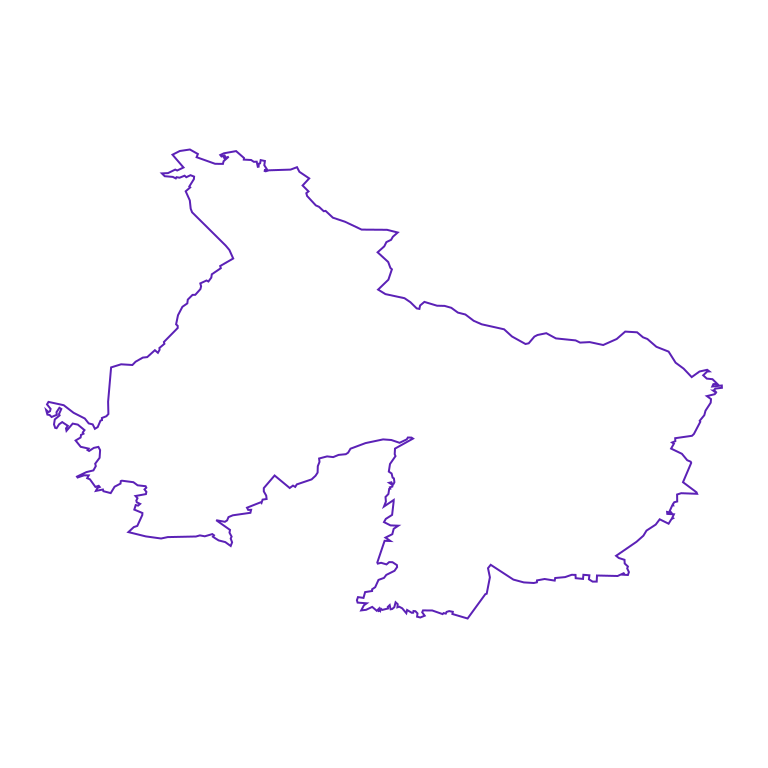 outline of Husnicioara, Mehedinti, Romania
{"feature_id": "2599482B73599404169892", "entity_name": "Husnicioara", "entity_type": "district", "adm_level": 2, "iso_a3": "ROU", "parent_name": "Romania", "parent_adm1": "Mehedinti", "projection": "robinson", "projection_center": [22.847, 44.668], "detail": "fine", "context": "isolated", "style": "outline", "palette": "violet", "viewbox_px": 768, "rotation_deg": 0, "n_neighbors": 0, "source": "geoboundaries", "source_scale": "gbopen_adm2", "svg_char_len": 6066}
<svg xmlns="http://www.w3.org/2000/svg" viewBox="0 0 768 768"><path d="M711.0,399.1L706.9,396.1L714.7,394.2L716.0,392.7L713.3,390.7L714.7,390.8L714.0,390.1L715.3,388.6L721.9,387.8L721.8,385.5L712.3,386.5L713.4,384.1L717.4,384.0L712.5,379.2L706.8,378.6L703.2,375.3L707.2,371.5L709.3,371.4L707.2,369.8L699.5,371.5L691.7,377.1L683.6,368.6L675.6,362.7L668.6,351.6L656.4,346.8L647.4,339.0L643.0,337.3L637.1,332.3L625.2,331.6L616.7,339.0L603.2,345.0L589.7,342.1L580.1,342.6L575.6,340.4L555.9,338.4L546.3,333.2L537.5,335.0L534.4,336.6L528.7,343.3L525.5,344.0L512.0,336.5L504.1,329.3L481.7,324.3L473.7,320.8L465.4,314.5L457.9,312.6L451.3,307.8L444.6,305.9L437.0,305.7L424.4,301.9L420.1,305.5L419.4,308.9L416.7,308.4L410.4,302.2L404.5,298.2L385.4,294.1L378.1,289.6L388.4,279.7L391.9,269.3L390.4,267.9L388.2,262.0L377.6,252.3L384.3,246.3L386.4,242.1L391.1,239.8L392.9,236.7L397.7,232.5L387.0,229.8L361.6,229.6L344.9,221.7L332.9,217.7L325.6,210.9L323.7,211.2L319.0,206.8L315.8,205.4L307.1,196.0L306.3,193.2L308.5,191.4L302.6,185.5L309.2,178.4L299.4,171.8L297.0,167.2L290.6,169.6L268.9,170.3L265.7,171.3L264.7,171.0L264.9,169.9L267.1,169.6L264.3,165.2L264.9,161.0L260.7,160.1L260.1,163.3L258.8,163.7L258.6,166.7L257.8,166.8L256.7,161.7L253.8,161.8L251.1,160.0L243.8,159.6L244.0,158.0L236.1,151.1L223.9,153.3L220.3,155.0L221.5,156.5L224.6,155.5L225.3,156.8L224.0,157.5L224.4,158.3L228.7,156.7L223.6,161.2L222.9,163.9L215.1,163.8L196.6,157.2L197.9,154.0L189.9,149.5L179.8,151.0L172.5,154.7L183.5,167.5L177.2,170.5L175.2,169.6L168.0,173.1L161.9,173.4L164.7,176.2L172.8,176.9L175.8,178.4L176.5,177.2L179.6,177.7L184.6,175.7L186.3,177.2L190.5,175.2L194.1,176.6L193.9,179.1L189.3,186.5L190.2,187.4L185.7,191.3L189.8,200.4L190.7,208.7L192.1,212.3L225.6,245.5L229.4,250.0L233.2,258.5L220.2,266.0L220.8,268.2L211.8,274.3L211.3,277.6L208.4,281.5L206.5,280.5L200.3,283.4L201.1,286.3L200.4,289.1L195.3,294.8L192.5,294.9L187.8,299.6L187.3,303.4L182.4,306.8L178.0,315.2L176.1,324.3L177.7,325.9L177.7,328.0L163.9,342.0L164.4,343.8L159.4,348.0L159.6,349.8L157.9,352.8L154.9,350.2L147.2,357.1L142.8,357.6L135.6,361.7L132.4,365.0L121.1,364.3L111.1,367.4L108.1,401.7L108.4,414.0L106.4,416.2L101.9,418.0L102.0,420.1L100.5,420.6L97.7,427.1L94.9,428.8L92.7,424.4L88.7,423.4L84.8,418.5L73.6,412.8L63.7,405.2L48.5,401.9L47.0,404.4L50.6,408.9L50.0,411.2L48.5,412.1L46.1,409.9L47.4,414.6L49.6,415.0L51.6,417.0L56.8,414.8L56.5,412.2L59.4,407.8L61.3,409.0L59.0,414.1L59.6,415.4L54.8,419.4L54.0,424.4L55.2,427.9L56.6,428.2L59.1,424.3L62.2,422.1L67.8,425.8L66.0,428.4L66.5,430.8L72.7,423.6L77.8,424.6L84.5,430.1L82.8,432.4L83.5,433.7L81.0,434.9L80.6,437.5L75.6,440.5L80.7,446.8L88.6,448.6L87.5,450.0L89.1,451.0L93.8,447.9L98.4,446.9L100.1,450.1L99.6,457.8L95.2,463.7L95.8,466.1L93.4,470.4L86.4,472.1L77.0,476.6L77.6,477.5L84.1,475.3L88.7,475.4L87.2,478.2L89.9,479.3L95.4,486.9L98.7,485.8L99.7,487.0L97.5,487.9L95.9,490.9L102.9,489.5L103.4,491.2L110.7,493.1L114.6,486.7L120.5,483.6L120.8,481.1L121.9,480.7L133.4,482.2L137.6,485.3L145.6,486.2L146.3,487.7L144.5,489.4L146.4,491.9L145.9,494.1L135.5,496.0L137.5,498.2L136.3,500.6L136.8,502.3L140.1,503.9L138.1,505.6L135.7,505.1L134.3,509.6L142.4,513.0L142.3,515.0L137.3,525.9L133.8,527.1L128.4,532.1L145.8,536.4L161.1,538.5L167.7,537.1L196.0,536.5L199.9,535.4L204.8,536.3L212.3,534.1L214.0,535.3L212.9,536.7L215.1,538.2L218.6,540.4L225.3,542.1L230.7,546.0L232.1,542.3L230.7,538.6L231.6,536.6L229.5,532.7L230.0,529.9L216.2,520.2L224.9,521.8L227.1,520.4L228.5,517.1L232.8,515.3L250.4,512.8L251.1,509.8L248.2,509.9L247.0,507.7L260.9,502.2L261.5,502.9L262.6,499.6L266.6,499.0L266.2,495.6L263.8,491.4L263.8,488.1L274.6,475.5L289.7,488.0L293.0,485.6L295.2,486.9L296.8,484.4L311.6,479.4L315.5,475.8L317.6,472.6L317.8,466.2L319.5,461.9L319.1,458.5L327.1,456.4L333.2,457.1L338.6,454.9L345.8,454.2L348.1,452.7L350.5,448.7L365.5,443.1L383.1,439.4L391.3,440.0L399.6,442.8L406.7,439.4L407.9,437.5L411.5,437.6L413.0,438.6L395.0,448.6L394.7,454.2L395.5,456.1L390.0,464.0L388.8,471.6L391.6,473.5L392.6,477.6L393.9,478.4L394.4,482.2L393.6,483.8L392.1,483.8L391.4,482.3L389.2,482.8L392.7,485.1L392.3,486.6L389.9,487.3L390.3,488.7L389.2,488.9L388.4,494.0L385.5,497.0L385.9,501.6L384.0,506.5L393.7,500.0L393.6,502.0L392.1,514.9L385.8,518.9L384.0,522.1L390.5,525.4L398.3,525.7L393.7,528.8L392.3,534.2L385.5,537.6L390.4,541.0L384.6,540.8L377.3,562.5L377.8,563.6L381.1,562.8L386.5,564.4L389.2,562.1L392.5,562.2L396.9,565.1L397.1,567.1L394.5,570.8L386.3,574.9L384.0,577.9L378.5,579.9L375.2,587.2L372.1,589.3L372.1,591.0L365.1,592.1L363.5,597.9L358.0,597.1L356.9,600.2L357.6,602.6L366.7,603.3L363.9,605.3L361.2,610.4L366.1,609.8L372.2,606.9L376.8,610.8L378.9,608.7L378.9,611.0L379.7,610.8L379.8,608.8L380.4,610.4L381.0,608.8L382.3,609.9L388.0,608.5L387.8,606.9L389.7,605.1L390.6,609.3L392.2,609.0L394.3,607.2L395.6,602.3L397.7,604.2L397.4,607.3L399.2,606.7L402.2,608.3L406.3,613.2L407.1,610.0L411.8,612.8L413.2,612.7L413.5,611.0L415.4,611.2L417.5,613.4L417.1,616.7L420.3,617.5L424.7,615.7L422.2,612.3L423.0,610.4L432.3,610.5L442.6,614.1L443.6,613.1L445.8,613.6L446.6,611.9L449.2,611.1L452.8,611.8L452.4,614.0L467.6,618.5L485.3,594.2L486.7,593.7L489.9,577.3L488.0,568.2L490.7,564.8L513.4,579.6L523.8,582.4L533.8,583.0L536.9,582.3L537.0,580.4L544.6,579.0L554.7,580.6L555.2,578.0L565.1,577.1L571.7,574.8L575.5,574.9L575.7,578.2L583.0,578.9L583.4,574.8L589.4,575.3L588.9,579.3L592.6,581.6L596.7,581.6L597.0,575.5L617.6,576.0L624.4,572.9L622.9,574.7L627.9,575.0L628.9,572.1L627.2,568.4L627.9,566.5L624.7,563.5L624.5,559.8L618.8,558.0L616.1,555.8L636.5,541.8L643.4,535.7L646.5,530.6L655.7,524.6L659.7,519.3L668.6,523.7L671.4,519.2L673.1,518.2L672.3,517.7L673.9,514.3L667.3,513.9L667.1,511.9L671.3,512.7L669.8,510.8L672.3,505.3L673.3,505.4L673.0,504.0L674.3,502.2L677.2,501.5L677.1,494.5L681.2,493.2L697.1,493.8L696.5,492.3L683.0,482.2L691.2,462.9L690.7,461.7L687.2,460.2L681.9,453.8L671.1,448.6L673.9,443.7L672.1,442.5L675.3,441.2L675.2,438.2L692.0,435.8L693.9,434.0L700.3,421.8L699.7,420.8L704.3,415.2L705.5,410.7L710.7,402.7L711.0,399.1Z" fill="none" stroke="#5b21b6" stroke-width="2"/></svg>